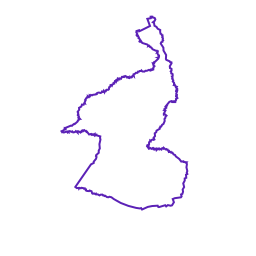 outline of Aranyaprathet, Sa Kaeo, Thailand, rotated 153°
{"feature_id": "78962969B18658138340114", "entity_name": "Aranyaprathet", "entity_type": "district", "adm_level": 2, "iso_a3": "THA", "parent_name": "Thailand", "parent_adm1": "Sa Kaeo", "projection": "orthographic", "projection_center": [102.437, 13.671], "detail": "fine", "context": "isolated", "style": "outline", "palette": "violet", "viewbox_px": 256, "rotation_deg": 153, "n_neighbors": 0, "source": "geoboundaries", "source_scale": "gbopen_adm2", "svg_char_len": 5839}
<svg xmlns="http://www.w3.org/2000/svg" viewBox="0 0 256 256"><g transform="rotate(153 128 128)"><path d="M152.5,49.0L146.2,48.7L141.9,47.5L136.8,45.3L136.9,44.0L136.4,43.5L129.9,42.3L129.6,40.8L127.5,41.2L125.3,39.4L123.9,39.1L120.8,41.0L120.4,44.4L118.1,44.2L112.3,42.2L111.3,42.7L110.9,44.7L109.5,44.6L107.9,46.2L107.2,48.4L104.8,49.9L103.9,53.6L101.3,55.4L100.4,57.3L98.7,57.2L97.5,60.1L96.0,60.1L95.9,61.6L94.7,62.7L93.8,66.4L92.0,68.9L91.7,70.0L92.1,70.6L91.4,70.9L93.4,72.2L93.6,72.9L94.1,72.7L94.9,73.7L95.8,73.9L96.4,77.2L98.3,81.0L98.3,82.5L99.4,83.8L99.6,85.9L100.7,86.3L100.6,87.3L102.4,88.0L101.9,89.0L102.5,89.2L102.5,90.8L103.2,91.0L103.4,91.8L104.3,91.9L105.2,94.2L105.9,93.6L106.4,94.4L106.8,94.5L108.0,93.6L109.4,95.5L110.1,94.9L110.7,96.0L112.2,95.5L111.8,96.3L112.0,96.9L113.2,97.1L113.0,96.5L113.9,96.5L114.4,97.0L114.0,97.8L114.5,98.6L115.2,98.1L115.4,98.9L116.6,98.8L117.2,100.0L118.8,100.0L119.0,101.6L118.3,101.4L118.0,102.1L119.1,102.2L119.3,103.0L118.7,103.3L118.7,103.8L116.7,103.8L115.7,105.7L114.6,106.2L114.1,105.8L113.8,106.6L113.5,106.1L112.7,106.6L111.4,106.6L110.6,105.8L109.7,105.8L109.6,107.7L107.6,108.5L106.6,111.1L104.7,111.5L103.8,112.7L100.1,112.9L99.8,113.7L99.0,113.8L98.6,114.6L97.6,114.3L96.1,115.4L94.6,115.5L92.1,117.6L91.4,119.5L90.2,120.0L89.4,121.1L88.1,121.5L88.8,123.3L90.0,123.6L89.7,124.4L86.8,126.5L87.6,127.4L87.0,127.5L86.9,128.3L85.8,128.3L85.2,129.0L84.7,128.7L84.2,129.5L84.5,129.8L83.9,130.0L84.3,130.3L79.3,132.5L77.1,132.3L76.6,131.8L76.9,131.1L74.8,130.0L74.8,130.4L74.2,130.2L74.3,130.7L73.6,130.4L72.5,131.1L72.1,132.1L70.4,132.2L70.3,133.5L70.9,134.3L70.7,134.7L69.7,134.8L69.4,135.2L69.9,135.6L69.4,136.8L68.5,137.5L68.3,138.5L67.9,138.2L67.6,138.5L68.4,139.1L68.1,139.5L67.4,140.1L66.8,139.6L66.3,140.6L66.8,142.0L66.0,142.5L66.8,142.9L66.5,144.1L67.2,144.9L66.7,144.9L66.7,145.9L67.1,146.2L66.4,147.5L67.0,149.1L66.0,149.9L66.3,151.8L65.6,152.1L65.5,153.8L65.0,153.6L64.1,154.9L63.8,156.0L64.7,157.0L64.0,158.4L64.2,159.1L63.0,159.6L62.4,161.0L63.4,162.3L62.7,164.1L59.8,165.9L59.5,166.8L60.6,167.5L60.6,168.5L62.9,171.3L62.9,172.3L60.9,175.7L61.2,180.9L60.0,183.5L60.5,188.4L59.5,189.3L58.1,189.2L57.8,189.9L56.9,190.1L56.9,191.2L56.1,192.1L56.3,193.3L55.7,193.6L55.2,194.9L55.7,195.1L55.6,196.4L56.2,197.2L55.7,199.1L54.8,200.7L56.5,203.0L56.7,205.1L58.0,207.1L57.1,209.9L57.8,210.9L55.5,211.4L54.3,212.4L54.3,214.0L55.9,215.3L55.7,216.1L56.3,216.5L57.3,216.9L57.9,215.5L61.2,216.5L62.1,208.9L72.7,209.0L74.1,209.1L73.8,210.1L76.3,210.5L76.5,209.7L77.1,209.6L77.1,207.5L78.2,206.9L78.0,205.7L77.2,205.6L77.2,203.8L77.8,203.4L77.2,202.2L77.6,200.3L78.1,200.1L77.6,199.6L78.0,199.3L77.3,198.8L76.9,199.2L76.7,197.3L72.9,193.6L72.4,192.2L72.8,191.8L71.8,191.7L71.7,190.6L71.2,190.3L71.4,189.8L70.6,188.9L70.4,187.1L68.1,184.2L67.1,183.7L67.0,182.7L67.5,182.3L67.0,182.3L67.8,181.3L68.0,179.7L67.6,179.0L68.0,178.4L67.6,178.2L68.0,177.4L68.8,176.7L69.3,176.9L69.0,176.5L69.6,176.0L74.0,174.7L74.5,174.9L75.2,173.9L75.6,174.3L76.1,173.8L76.5,174.2L76.8,172.3L76.5,171.5L77.0,171.6L77.2,170.7L78.7,169.8L78.4,169.5L78.9,168.6L81.8,169.0L81.5,169.7L82.2,169.6L82.9,170.3L85.2,170.4L86.5,171.1L87.7,170.8L89.5,171.8L89.9,173.1L90.3,172.8L91.7,173.5L92.6,173.2L93.5,173.7L94.5,172.9L95.9,173.6L96.8,173.2L98.7,173.3L99.1,172.1L99.2,172.6L100.1,172.4L100.4,172.0L100.1,171.8L101.3,172.1L101.2,171.6L101.8,171.4L103.7,172.2L104.1,171.9L104.6,172.4L104.3,172.9L104.9,172.8L105.0,173.4L105.9,173.5L105.8,174.2L106.8,175.5L107.5,175.2L107.9,175.8L108.8,175.9L108.9,175.5L110.2,176.3L111.9,175.0L113.0,176.0L113.4,175.6L113.9,176.1L114.0,175.5L114.5,175.9L114.8,175.7L115.0,176.5L115.8,175.7L116.2,175.9L116.2,175.2L116.7,175.4L117.4,174.8L117.4,175.6L118.3,175.8L119.5,174.5L120.3,174.6L120.3,173.8L122.1,173.9L123.0,173.1L123.2,173.9L124.1,174.2L125.0,172.9L126.3,172.9L127.4,171.2L128.2,171.0L129.4,171.7L130.7,171.1L131.0,171.5L131.6,170.8L132.6,171.2L132.8,170.9L132.9,171.8L133.3,171.3L134.4,171.6L134.6,172.3L135.8,171.6L136.7,171.7L137.8,172.8L139.4,173.2L140.6,172.9L140.6,172.4L141.4,172.5L144.2,173.5L145.2,173.4L146.0,174.3L146.9,173.9L147.3,174.5L147.8,173.4L148.9,173.6L149.1,174.0L149.2,173.5L149.8,173.9L149.8,173.5L151.6,173.6L153.4,172.5L153.1,172.0L155.1,170.4L155.2,169.6L155.6,170.1L157.0,168.9L158.4,169.8L159.9,168.3L162.5,168.2L163.1,166.5L165.6,165.2L165.5,163.9L166.4,163.0L166.2,162.2L166.9,161.9L166.5,160.6L167.1,160.0L166.7,158.2L167.6,158.8L167.6,157.7L169.3,157.5L169.8,156.7L173.7,155.7L173.9,156.1L174.7,156.1L177.0,155.4L177.6,156.0L183.6,156.5L184.0,155.3L184.4,155.2L184.9,155.4L184.6,155.7L184.8,156.3L185.4,155.5L186.5,155.2L188.7,155.3L188.6,154.1L188.0,154.1L187.2,153.1L184.2,152.7L183.9,151.5L183.5,151.7L182.9,151.1L182.7,152.1L181.3,151.7L180.1,150.2L179.2,150.3L178.9,149.0L178.2,148.7L176.8,148.5L175.9,148.9L175.1,146.9L174.8,148.0L174.0,147.9L172.5,145.7L172.1,146.2L171.2,145.6L170.4,146.6L169.3,146.5L169.2,145.6L167.9,145.9L167.3,144.5L166.7,144.4L166.7,143.3L166.2,143.3L165.6,139.9L164.1,139.6L163.7,138.7L163.2,139.0L162.8,138.1L162.0,138.3L161.7,137.4L160.4,137.7L160.6,137.2L160.0,136.9L160.5,136.2L159.1,136.2L159.2,135.6L156.5,133.1L157.4,131.9L157.8,130.2L160.8,126.6L162.4,122.6L164.4,121.1L165.3,119.2L168.7,118.3L169.3,117.5L169.0,117.1L169.4,116.2L170.6,115.0L173.8,113.6L174.4,112.4L177.5,112.4L201.7,99.4L200.9,97.7L199.1,97.0L199.2,96.3L198.5,96.7L197.4,95.7L196.7,95.9L195.2,94.8L195.0,94.1L193.9,93.9L194.0,92.7L193.3,92.3L193.8,91.4L193.1,90.5L191.3,89.4L190.6,89.7L189.2,88.2L189.6,86.0L189.1,85.3L188.0,85.2L187.1,83.9L186.4,84.0L186.5,83.3L185.0,82.5L184.0,80.9L182.6,81.0L181.1,80.3L180.9,79.3L180.2,79.1L179.9,78.1L179.1,78.0L178.1,76.0L176.9,75.2L175.8,75.2L174.2,73.8L172.9,71.1L168.5,64.5L163.0,58.4L157.0,53.1L153.9,50.9L152.7,50.7L152.5,49.0Z" fill="none" stroke="#5b21b6" stroke-width="2"/></g></svg>